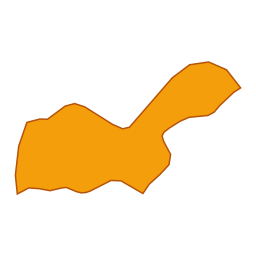 map outline of Dire Dawa (Natural Earth projection)
{"feature_id": "ETH-3135", "entity_name": "Dire Dawa", "entity_type": "Administrative State", "adm_level": 1, "iso_a3": "ETH", "parent_name": "Ethiopia", "parent_adm1": "", "projection": "natural_earth1", "projection_center": [42.031, 9.627], "detail": "fine", "context": "isolated", "style": "filled", "palette": "amber", "viewbox_px": 256, "rotation_deg": 0, "n_neighbors": 0, "source": "natural_earth", "source_scale": "10m", "svg_char_len": 635}
<svg xmlns="http://www.w3.org/2000/svg" viewBox="0 0 256 256"><path d="M240.6,87.9L233.6,92.4L219.8,105.5L214.2,112.1L207.9,115.5L189.1,117.3L180.1,121.2L169.1,128.2L164.0,132.2L162.1,135.9L163.6,141.3L170.6,154.4L169.0,164.7L159.9,174.5L149.3,184.1L142.9,193.5L120.9,180.8L110.9,180.5L89.9,191.2L85.9,192.5L81.5,192.9L76.6,191.7L66.2,187.4L61.5,188.0L50.0,190.7L39.4,188.7L28.8,187.9L17.3,194.0L15.4,175.1L18.7,146.2L26.9,122.4L40.0,119.0L47.4,119.3L65.2,106.1L74.6,103.6L84.6,106.8L112.9,124.6L122.7,128.8L129.5,127.2L172.4,77.7L189.7,64.7L208.6,62.0L226.5,69.8L240.6,87.9Z" fill="#f59e0b" stroke="#b45309" stroke-width="1.5"/></svg>